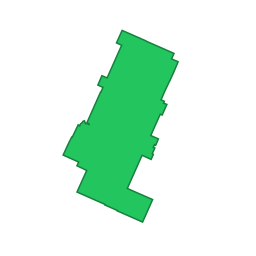 Daireaux, Buenos Aires, Argentina (Albers equal-area conic projection), rotated 68°
{"feature_id": "61730980B69261173940199", "entity_name": "Daireaux", "entity_type": "district", "adm_level": 2, "iso_a3": "ARG", "parent_name": "Argentina", "parent_adm1": "Buenos Aires", "projection": "albers", "projection_center": [-61.961, -36.621], "detail": "fine", "context": "isolated", "style": "filled", "palette": "green", "viewbox_px": 256, "rotation_deg": 68, "n_neighbors": 0, "source": "geoboundaries", "source_scale": "gbopen_adm2", "svg_char_len": 1852}
<svg xmlns="http://www.w3.org/2000/svg" viewBox="0 0 256 256"><g transform="rotate(68 128 128)"><path d="M167.5,198.5L168.3,199.3L190.4,177.8L190.8,178.2L195.0,174.1L200.6,168.7L200.9,169.0L220.7,149.7L203.6,132.0L183.8,151.3L158.6,125.2L165.8,118.3L162.0,114.4L160.9,115.1L156.6,110.6L155.4,111.8L153.4,109.7L154.4,108.8L149.5,103.9L143.5,109.7L127.3,92.9L128.8,91.5L124.0,86.5L123.7,86.2L120.7,83.1L118.3,85.7L116.9,84.3L114.3,86.8L107.2,79.6L100.2,72.0L99.9,71.5L93.2,64.5L85.4,56.7L80.2,61.7L76.1,57.4L54.4,78.5L54.1,78.6L35.3,96.9L44.8,106.8L48.9,102.9L73.7,128.6L69.7,132.6L76.9,139.9L81.0,136.0L84.6,139.7L84.4,140.0L107.6,164.0L107.7,163.9L107.8,163.8L108.0,163.7L108.4,163.6L108.5,163.5L108.7,163.4L108.9,163.3L108.9,163.1L109.0,163.0L109.3,163.0L109.5,162.8L109.6,162.7L109.9,162.5L110.0,162.6L110.2,162.9L110.0,163.0L109.9,163.1L109.7,163.1L109.6,163.4L109.4,163.4L109.2,163.5L108.8,163.8L108.6,163.9L108.6,164.0L108.3,164.0L108.2,163.9L107.9,164.0L108.0,164.4L108.1,164.6L108.2,164.8L108.2,165.1L108.3,165.3L108.2,165.6L108.0,165.9L107.9,165.9L107.7,165.9L107.4,165.7L107.2,165.6L106.8,165.7L106.6,165.7L106.4,165.8L106.2,165.8L105.9,165.8L105.7,165.9L105.5,165.7L105.4,165.6L105.1,165.6L105.0,165.8L104.9,166.0L104.9,166.4L105.0,166.5L105.0,166.8L104.9,167.1L105.0,167.3L105.1,167.5L105.3,167.7L105.4,167.8L105.5,168.0L105.6,168.3L105.7,168.5L105.8,168.7L105.9,168.8L105.9,169.0L106.0,169.2L106.1,169.4L106.2,169.6L106.2,169.8L106.3,169.9L106.3,170.2L106.4,170.4L106.5,170.6L106.6,170.8L106.7,171.0L106.8,171.1L107.0,171.2L107.2,171.3L107.4,171.4L107.6,171.5L107.9,171.7L108.0,171.9L108.0,172.0L107.9,172.1L107.7,172.2L107.4,172.3L107.2,172.5L106.9,172.7L106.4,173.0L115.7,183.2L115.3,183.6L120.7,189.7L120.9,189.9L128.8,198.3L141.1,186.5L143.9,189.5L151.9,182.2L167.5,198.5Z" fill="#22c55e" stroke="#15803d" stroke-width="1.5"/></g></svg>